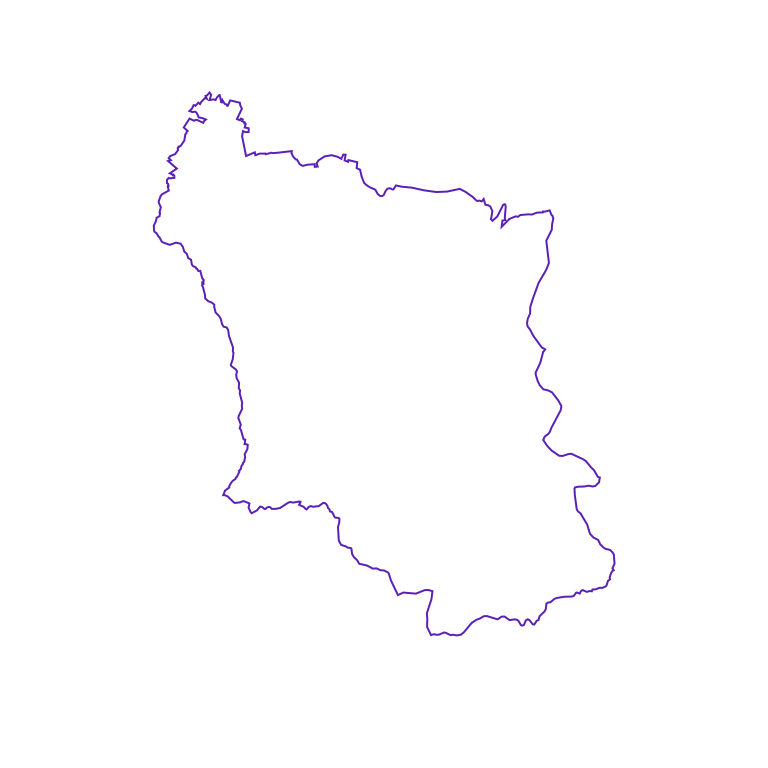 Pucheni, Dâmbovita, Romania (Natural Earth projection), rotated 110°
{"feature_id": "2599482B36978763272246", "entity_name": "Pucheni", "entity_type": "district", "adm_level": 2, "iso_a3": "ROU", "parent_name": "Romania", "parent_adm1": "Dâmbovita", "projection": "natural_earth1", "projection_center": [25.287, 45.196], "detail": "fine", "context": "isolated", "style": "outline", "palette": "violet", "viewbox_px": 768, "rotation_deg": 110, "n_neighbors": 0, "source": "geoboundaries", "source_scale": "gbopen_adm2", "svg_char_len": 6166}
<svg xmlns="http://www.w3.org/2000/svg" viewBox="0 0 768 768"><g transform="rotate(110 384 384)"><path d="M455.7,508.8L464.0,509.6L465.9,509.2L471.1,504.7L474.9,504.5L476.3,502.6L484.0,497.0L483.8,495.3L488.2,494.4L487.7,493.1L487.8,491.2L492.1,490.1L497.6,490.9L500.2,489.5L504.9,488.8L506.6,489.6L507.5,489.2L510.0,489.9L513.1,489.5L515.1,490.6L515.8,489.9L521.5,490.5L522.7,491.2L524.1,491.1L526.8,493.1L528.9,493.8L532.9,494.5L534.2,494.0L538.5,496.9L543.4,497.0L542.9,495.5L543.1,492.4L546.6,484.7L546.8,483.6L544.5,478.8L542.3,476.4L542.0,475.3L542.3,469.6L546.4,469.0L549.8,465.8L550.7,464.1L546.0,460.0L541.7,458.6L541.2,456.7L542.3,453.7L542.1,452.7L540.0,451.7L538.8,449.9L538.8,448.6L539.7,446.8L538.3,442.9L536.1,439.3L528.4,433.5L527.0,431.9L526.5,428.8L523.2,423.0L523.4,422.0L526.6,422.5L526.9,417.6L528.3,414.8L528.3,413.8L525.4,412.8L523.8,411.2L523.6,408.6L521.1,403.6L516.7,400.6L516.1,399.1L516.6,397.2L518.1,395.3L519.7,394.2L520.4,392.4L522.2,391.2L522.1,388.9L526.0,384.8L526.2,384.0L525.4,381.0L525.9,379.8L529.3,378.7L534.2,378.3L546.4,373.0L548.6,370.7L549.9,369.1L549.6,364.6L550.2,362.4L549.5,359.1L549.9,358.3L554.6,355.9L556.9,353.2L558.8,349.0L561.4,345.8L560.4,338.0L561.3,331.4L559.8,327.9L560.2,323.6L559.2,320.2L559.7,315.8L560.2,314.9L566.1,310.4L577.6,298.7L573.4,294.6L570.1,282.4L563.6,275.0L562.4,271.6L562.1,267.6L570.1,265.8L584.9,265.3L589.3,263.2L597.6,260.4L603.8,254.0L602.0,251.4L601.7,248.7L600.7,246.6L596.9,242.5L596.7,240.7L597.2,235.5L596.0,233.4L595.4,229.7L593.2,225.9L589.9,224.0L578.6,219.9L573.9,216.5L571.8,213.9L568.1,210.8L566.9,208.1L566.3,196.8L562.4,193.9L561.3,191.3L562.9,185.2L560.4,180.6L560.1,178.1L560.5,176.8L563.7,172.9L563.7,171.3L562.5,170.1L557.7,169.9L555.9,168.4L556.2,166.4L558.9,162.1L558.6,160.5L554.4,159.6L552.9,158.1L549.0,158.4L542.5,155.2L539.7,155.0L535.0,156.3L533.4,155.3L532.2,153.0L527.5,150.3L525.7,148.0L522.3,141.9L519.3,134.4L517.8,133.0L514.6,132.2L514.0,131.4L514.0,128.4L511.5,128.2L509.7,126.9L510.0,122.4L508.1,119.8L507.7,117.8L505.8,117.8L504.7,115.1L501.7,111.6L500.9,109.1L498.5,106.5L496.9,106.0L492.4,106.2L490.4,104.8L488.5,105.8L483.8,105.9L481.4,105.4L480.5,104.4L479.0,106.3L474.0,105.9L465.6,109.7L464.0,111.7L462.6,114.8L463.1,119.5L462.7,121.6L460.6,126.1L457.3,129.4L456.6,134.7L454.3,139.2L446.5,145.1L438.3,155.2L437.4,158.1L435.7,160.1L422.9,166.8L416.9,169.3L415.8,169.1L414.0,166.2L412.0,161.1L409.5,156.7L409.0,153.1L407.6,150.6L402.9,148.3L398.0,149.2L398.2,150.8L397.9,151.6L393.2,157.1L391.8,160.4L387.3,168.1L386.6,171.2L385.5,184.2L386.7,186.6L390.6,191.7L391.5,195.0L389.3,203.4L387.9,206.4L386.3,209.5L382.2,215.2L378.5,215.0L374.4,212.4L372.1,211.8L367.8,211.7L348.2,209.0L344.0,209.8L339.9,214.5L334.4,223.2L333.9,227.7L334.5,232.4L331.8,237.3L328.9,240.4L323.2,244.7L321.4,245.4L310.7,244.4L299.6,245.4L296.3,244.4L295.6,248.4L287.8,260.0L282.7,265.6L280.7,268.8L277.9,270.4L273.6,271.2L267.8,270.8L261.6,272.9L252.2,273.3L236.1,273.3L221.1,270.6L213.9,270.4L193.8,280.5L181.7,279.1L176.7,280.6L170.6,281.5L168.3,283.2L167.9,284.4L164.2,287.7L167.0,291.8L167.6,293.6L168.4,293.4L170.6,298.8L174.2,303.0L175.2,306.4L178.6,313.7L181.1,315.3L181.3,317.3L183.2,319.6L186.0,322.6L196.0,327.2L189.9,328.6L188.5,326.1L186.0,327.5L175.9,330.2L173.8,331.5L173.9,332.4L175.0,333.3L188.0,334.9L193.5,337.9L192.6,339.8L184.4,341.3L180.9,344.8L180.4,346.8L180.9,350.0L176.1,353.6L179.0,354.6L179.0,356.9L180.0,358.6L180.0,359.9L177.8,364.9L175.6,373.1L174.7,379.5L181.6,390.5L185.7,400.5L188.3,412.5L190.0,425.1L192.6,435.1L193.3,440.6L197.9,441.7L198.4,442.6L198.0,444.3L198.2,445.8L199.4,447.6L202.1,448.5L206.7,448.9L208.2,450.2L208.6,452.2L207.7,454.8L204.4,458.6L203.9,465.1L203.0,468.7L201.7,471.6L196.7,476.0L190.8,479.8L190.5,483.5L184.7,485.0L185.8,494.1L187.5,493.8L187.4,497.5L181.7,498.5L182.3,500.7L187.0,501.1L186.4,505.3L186.9,511.4L190.4,517.6L196.2,522.0L199.7,522.8L202.4,520.7L203.6,523.3L201.2,524.4L203.8,530.3L206.9,535.2L206.2,538.5L202.9,542.5L203.1,543.8L201.4,547.1L198.9,549.8L196.7,550.3L203.0,562.9L205.1,567.5L205.2,568.9L208.5,573.7L208.0,574.1L209.9,579.4L213.0,583.1L210.5,584.6L216.9,591.6L199.7,602.1L194.6,603.0L194.7,600.1L193.5,597.4L190.0,598.6L190.6,602.6L187.0,602.9L186.9,604.3L185.7,604.4L185.6,607.3L183.7,607.2L183.6,609.3L185.4,609.6L185.4,612.8L173.9,611.7L171.4,614.3L169.0,615.7L170.1,625.5L176.0,626.0L176.1,626.8L175.3,627.2L175.2,629.5L172.5,633.0L174.8,632.7L174.8,633.5L168.8,637.1L168.8,637.6L171.9,639.0L174.8,639.4L174.8,641.4L176.8,645.0L171.4,645.3L169.8,647.6L173.4,649.0L174.3,650.2L176.6,648.1L176.3,649.9L181.4,652.2L183.9,652.6L183.1,654.6L187.1,656.4L186.8,657.6L187.1,658.3L190.9,658.6L194.0,660.2L194.0,657.1L192.7,654.7L193.1,653.0L196.9,649.2L196.3,646.2L196.4,641.8L198.6,643.0L200.4,643.2L199.8,649.8L200.3,651.4L201.6,652.6L201.1,657.5L211.4,659.9L213.4,655.1L214.8,655.7L216.2,655.4L217.3,656.1L223.5,654.9L229.9,656.5L231.1,658.1L231.5,657.7L232.9,658.6L234.5,657.5L239.4,658.9L242.8,662.7L245.4,663.6L246.6,660.9L248.3,663.2L252.4,652.4L259.3,657.3L259.5,654.6L260.0,654.1L259.2,653.5L260.1,652.2L262.0,651.5L264.1,655.8L263.9,656.7L266.5,657.8L269.6,656.6L269.7,655.5L270.5,654.8L272.0,654.8L272.0,654.2L273.1,654.3L275.8,652.4L281.6,657.4L283.6,658.2L289.3,658.2L290.7,657.6L294.2,654.2L299.7,653.6L300.0,652.9L303.1,652.3L305.5,654.5L309.4,654.0L313.9,654.5L318.3,652.6L319.4,651.8L320.2,649.1L322.4,646.7L323.0,645.1L326.3,641.5L326.6,639.5L326.5,632.9L322.3,627.8L321.7,623.1L324.0,619.9L327.8,617.0L329.2,613.7L332.6,611.1L333.2,607.8L337.4,605.5L338.5,603.8L338.8,600.7L339.7,600.1L339.7,598.9L341.3,597.1L340.5,595.4L346.9,590.9L348.0,588.9L349.7,588.6L349.6,589.2L350.6,589.6L351.5,589.3L351.8,587.9L352.9,588.7L353.8,588.5L354.4,587.6L361.5,582.7L364.7,581.3L366.3,577.4L366.4,573.6L367.5,570.6L369.3,570.1L374.4,566.7L376.4,562.5L378.5,559.8L383.4,556.4L385.0,554.3L384.7,551.1L386.6,548.9L392.0,546.0L401.3,538.4L405.2,537.1L406.2,536.1L412.5,534.6L418.5,534.5L419.4,533.6L420.9,528.4L422.3,526.4L425.7,526.1L428.9,524.5L432.4,520.6L437.7,519.0L439.3,517.0L442.1,516.4L450.2,510.8L453.0,510.2L455.7,508.8Z" fill="none" stroke="#5b21b6" stroke-width="2"/></g></svg>